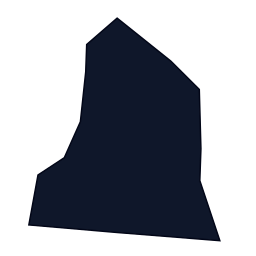 map outline of Gudja (Natural Earth projection), rotated 182°
{"feature_id": "MLT-5966", "entity_name": "Gudja", "entity_type": "state/province", "adm_level": 1, "iso_a3": "MLT", "parent_name": "Malta", "parent_adm1": "", "projection": "natural_earth1", "projection_center": [14.503, 35.844], "detail": "fine", "context": "isolated", "style": "filled", "palette": "ink", "viewbox_px": 256, "rotation_deg": 182, "n_neighbors": 0, "source": "natural_earth", "source_scale": "10m", "svg_char_len": 327}
<svg xmlns="http://www.w3.org/2000/svg" viewBox="0 0 256 256"><g transform="rotate(182 128 128)"><path d="M223.7,27.7L216.3,77.9L190.6,96.1L175.8,132.6L172.2,182.7L172.2,210.0L142.7,237.4L87.5,196.3L58.1,169.0L54.4,109.8L54.4,77.9L32.3,18.6L135.4,23.2L223.7,27.7Z" fill="#0f172a" stroke="#020617" stroke-width="1.5"/></g></svg>